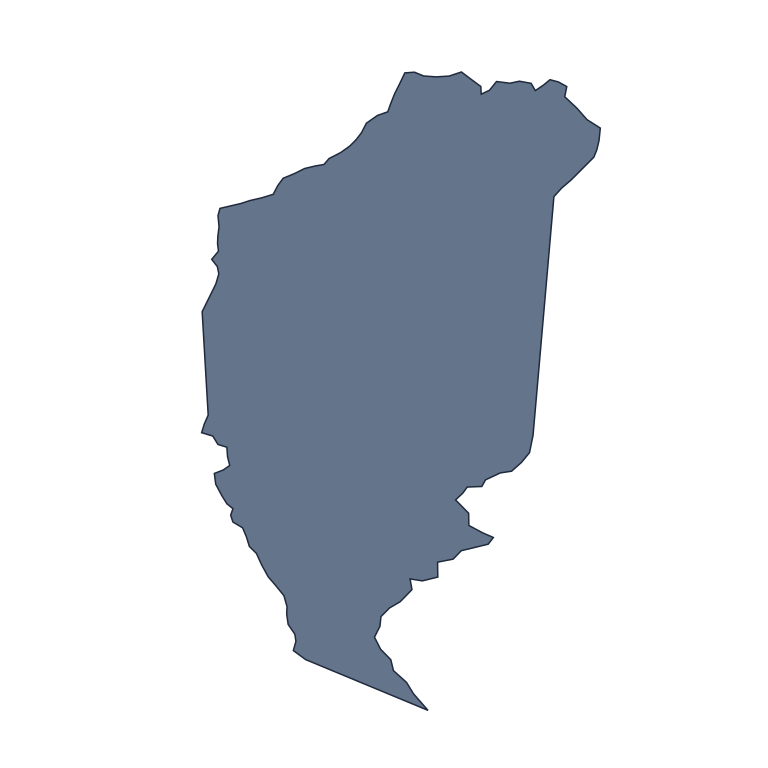 the district of Nazário, Goiás, Brazil, rotated 276°
{"feature_id": "56859067B93863965872709", "entity_name": "Nazário", "entity_type": "district", "adm_level": 2, "iso_a3": "BRA", "parent_name": "Brazil", "parent_adm1": "Goiás", "projection": "natural_earth1", "projection_center": [-49.852, -16.584], "detail": "fine", "context": "isolated", "style": "filled", "palette": "slate", "viewbox_px": 768, "rotation_deg": 276, "n_neighbors": 0, "source": "geoboundaries", "source_scale": "gbopen_adm2", "svg_char_len": 1691}
<svg xmlns="http://www.w3.org/2000/svg" viewBox="0 0 768 768"><g transform="rotate(276 384 384)"><path d="M109.4,321.7L101.7,334.9L64.0,461.9L79.0,445.7L89.6,437.6L99.9,423.4L110.5,419.6L119.9,408.3L131.2,401.0L142.6,405.3L152.4,405.3L161.9,413.0L169.2,422.9L182.4,433.3L192.9,430.3L192.2,442.7L197.6,457.7L212.4,455.9L217.1,471.1L226.3,478.3L235.6,504.4L242.8,508.8L246.3,497.6L252.2,483.2L264.3,481.7L276.2,467.3L284.0,474.0L290.2,477.5L292.3,492.0L299.3,495.0L307.7,508.9L310.6,520.0L320.5,529.0L331.0,535.9L348.5,537.6L588.1,533.4L597.4,540.2L606.5,548.8L631.5,569.0L639.2,571.2L648.5,572.4L661.1,572.4L668.1,558.3L678.4,547.1L688.6,533.7L698.9,534.7L702.6,526.0L704.0,517.3L698.1,511.5L691.6,503.8L698.4,498.9L699.3,487.0L696.3,477.8L696.6,464.3L687.2,458.2L682.4,450.4L690.0,449.2L696.6,438.0L702.4,428.4L697.0,416.4L694.9,403.7L694.5,391.1L697.3,381.7L695.6,372.2L683.2,367.8L673.7,364.2L663.0,361.2L655.1,359.3L650.4,349.4L641.5,339.2L631.7,335.4L624.0,330.7L617.3,325.3L609.7,316.8L602.5,305.8L596.1,301.4L593.6,292.7L590.0,282.5L583.9,272.9L578.1,262.2L570.2,257.6L561.1,254.0L556.4,243.0L552.4,231.4L548.7,223.2L544.8,212.0L541.5,202.5L534.1,201.3L523.1,203.5L513.6,203.3L506.1,203.8L498.8,205.5L490.0,199.6L483.3,206.0L476.2,208.2L465.9,206.3L436.9,195.6L334.7,212.4L325.6,209.5L316.5,207.7L314.3,219.2L306.5,225.2L304.7,234.3L295.3,236.0L286.9,239.1L281.7,233.1L277.3,224.6L266.8,227.1L256.1,234.3L248.4,240.3L244.2,246.8L237.5,245.2L230.9,248.2L226.2,258.4L217.5,263.2L208.3,267.1L202.2,274.8L191.5,281.1L180.1,289.0L172.6,297.0L163.0,306.6L152.5,310.8L144.8,311.3L134.9,313.8L125.8,321.5L118.9,323.3L109.4,321.7Z" fill="#64748b" stroke="#1e293b" stroke-width="1.5"/></g></svg>